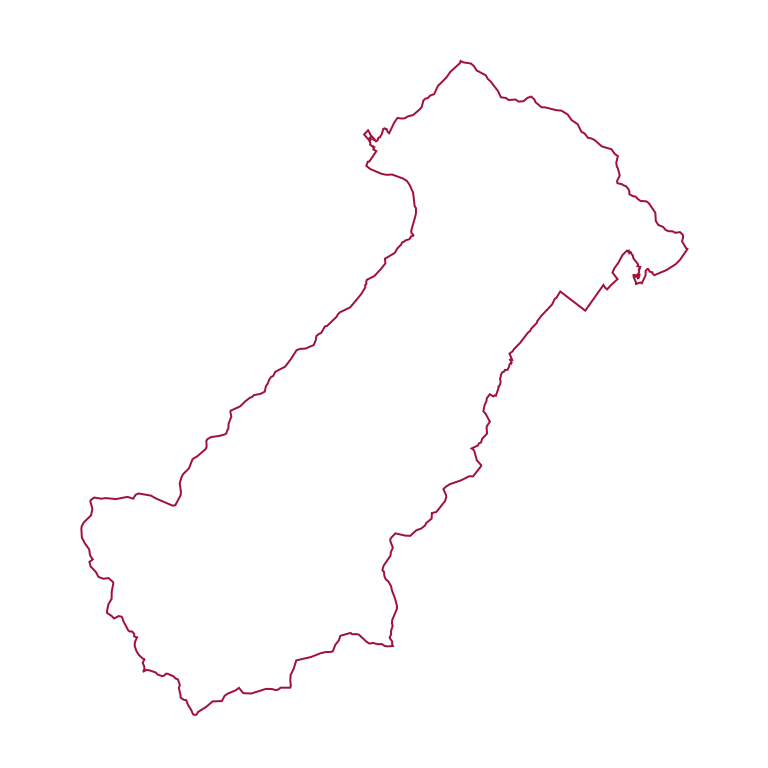 Caiuti, Bacau, Romania (Mercator projection), rotated 356°
{"feature_id": "2599482B38271521863944", "entity_name": "Caiuti", "entity_type": "district", "adm_level": 2, "iso_a3": "ROU", "parent_name": "Romania", "parent_adm1": "Bacau", "projection": "mercator", "projection_center": [26.906, 46.152], "detail": "fine", "context": "isolated", "style": "outline", "palette": "rose", "viewbox_px": 768, "rotation_deg": 356, "n_neighbors": 0, "source": "geoboundaries", "source_scale": "gbopen_adm2", "svg_char_len": 6121}
<svg xmlns="http://www.w3.org/2000/svg" viewBox="0 0 768 768"><g transform="rotate(356 384 384)"><path d="M259.7,679.7L269.3,680.4L270.0,678.8L269.8,673.5L270.5,667.8L273.9,662.1L277.2,653.6L291.9,651.3L302.1,648.1L307.4,647.3L312.6,647.6L314.4,646.9L317.2,640.9L321.2,636.4L322.7,632.4L323.4,632.0L333.3,630.0L334.7,631.4L339.5,631.6L341.6,632.4L348.7,640.0L351.3,641.9L355.1,641.6L359.5,643.1L363.8,643.3L366.3,645.3L368.9,646.0L374.6,646.0L373.9,643.8L374.3,641.6L371.9,637.6L373.6,634.2L373.6,631.2L375.8,625.9L375.2,623.2L375.8,619.9L381.4,608.7L381.4,606.1L380.2,599.3L377.6,590.7L376.9,586.1L374.6,581.3L372.1,578.9L371.0,575.6L370.8,571.1L369.5,569.8L369.5,569.0L371.1,565.0L378.2,556.1L378.8,554.7L378.9,552.8L381.4,547.8L379.4,541.5L379.4,539.5L380.5,537.8L385.0,533.8L394.5,536.7L399.6,537.3L406.0,532.2L410.9,530.8L413.3,529.3L415.4,527.7L416.2,525.8L422.1,521.6L422.8,516.0L427.2,515.4L436.7,505.1L438.3,500.9L438.1,498.9L435.9,493.0L438.5,490.8L442.8,488.5L453.7,485.6L462.5,482.0L466.4,482.4L474.6,473.3L475.4,471.9L471.3,466.7L469.5,457.4L468.6,455.7L466.9,454.4L473.3,451.9L474.6,449.9L476.7,449.1L478.2,445.3L483.4,440.6L483.3,434.4L483.8,433.0L487.0,429.0L483.3,420.8L481.2,418.1L482.8,412.4L485.0,408.1L485.6,405.3L488.8,401.6L492.1,404.0L493.8,403.0L494.8,403.5L498.1,395.7L497.8,394.8L499.2,393.6L500.1,391.5L500.5,389.5L500.1,386.8L501.2,384.2L501.2,382.9L503.1,380.4L504.3,380.2L505.1,379.1L506.2,379.4L505.7,379.1L505.8,378.4L508.2,378.5L509.8,375.7L510.6,373.1L511.5,372.3L512.2,372.6L512.8,371.5L512.4,370.8L512.7,370.1L511.4,368.7L512.3,368.1L513.4,368.5L511.3,362.4L514.7,360.3L516.1,358.2L522.5,352.6L531.3,342.7L533.3,341.5L534.7,339.1L540.6,333.8L541.5,331.7L545.3,327.4L557.3,316.3L560.2,311.0L561.9,310.2L566.3,304.0L589.9,324.9L609.8,300.5L611.2,303.2L613.2,305.2L617.3,301.2L624.3,295.7L619.7,288.8L621.8,284.7L626.0,279.7L630.8,272.1L635.5,268.0L637.2,268.0L636.7,269.0L637.5,269.9L638.5,268.4L638.1,270.5L639.4,269.9L640.2,272.0L641.2,273.0L641.5,275.9L645.4,281.7L645.8,282.7L645.0,284.0L647.6,285.1L647.2,285.4L647.3,286.6L646.6,286.7L646.1,288.0L646.4,288.1L646.3,290.1L645.1,292.6L646.5,292.9L645.3,296.2L644.5,296.3L644.2,295.5L644.7,294.0L644.2,292.7L642.0,294.6L641.8,292.7L640.5,292.7L640.5,294.8L642.4,300.1L642.4,301.8L646.7,300.6L648.2,301.6L652.6,293.6L652.8,289.6L654.7,287.6L655.5,287.6L656.9,290.4L659.6,291.4L659.5,292.4L661.2,294.3L673.9,290.0L683.2,284.9L688.1,280.6L696.1,270.5L694.8,269.6L691.3,262.5L692.7,258.0L692.5,256.0L689.8,253.1L685.3,253.5L682.7,251.9L678.5,251.4L675.7,250.0L673.5,246.9L668.7,244.4L666.5,240.3L666.6,232.1L660.8,222.1L658.4,220.1L652.6,219.2L649.6,216.7L648.3,214.7L645.4,214.0L642.6,212.2L641.9,211.4L642.3,209.4L641.3,206.4L639.1,203.5L636.3,202.3L635.6,201.4L630.9,200.0L630.6,197.8L633.7,192.6L632.4,185.2L631.4,183.4L631.1,179.6L633.2,173.0L630.2,170.5L627.3,165.7L617.9,162.2L611.2,155.4L608.0,153.5L604.7,152.7L601.7,148.2L598.5,146.1L595.3,138.3L589.6,133.9L586.1,128.0L580.1,123.7L574.8,122.8L564.1,119.3L560.4,118.9L554.7,113.4L553.9,110.7L551.0,107.6L547.2,108.5L543.0,111.6L539.0,111.7L537.8,111.6L535.1,109.4L528.2,109.4L525.6,107.2L520.6,106.1L518.1,99.6L511.4,89.6L508.8,86.8L507.1,83.2L498.2,77.6L496.0,73.3L493.1,70.4L485.3,68.6L483.0,67.1L482.0,69.3L471.9,77.3L467.7,82.5L458.5,90.5L454.2,98.4L450.3,99.4L447.6,101.9L445.2,102.2L443.1,103.9L440.9,110.3L438.3,112.9L431.7,117.8L426.1,118.8L423.7,120.3L420.8,120.5L416.0,119.6L412.6,123.7L406.6,134.2L405.3,132.9L404.4,129.9L403.5,130.0L402.6,129.0L401.1,129.5L399.3,134.4L397.1,137.7L396.1,137.7L395.0,138.9L394.9,140.1L393.0,141.4L391.7,139.5L391.4,140.0L390.2,139.0L390.9,138.3L387.5,134.0L387.6,133.4L385.8,129.8L381.5,133.7L385.5,138.9L387.6,136.9L388.0,139.0L386.4,140.7L387.2,142.4L386.8,144.2L389.6,146.9L390.0,146.3L390.9,147.0L389.7,149.2L392.6,151.2L384.9,161.0L383.3,161.1L381.6,165.2L385.3,168.6L395.8,174.0L400.9,175.5L406.7,175.6L417.3,180.4L421.0,183.0L423.5,187.3L426.4,195.2L427.0,208.8L428.1,210.7L427.9,215.3L427.0,218.7L421.9,232.8L421.9,235.2L423.8,237.6L423.6,238.1L421.0,238.8L420.0,240.8L418.8,241.5L415.5,242.2L413.6,243.6L412.2,243.8L410.8,246.1L406.8,249.6L404.0,253.9L393.7,259.1L393.8,263.8L389.4,268.6L382.0,275.6L374.1,278.9L373.4,280.8L373.4,283.1L372.2,283.8L372.0,286.4L367.8,292.4L365.1,295.3L355.6,305.2L345.2,309.3L342.8,311.3L341.8,313.2L339.9,314.9L331.2,322.1L329.1,322.4L325.0,328.6L322.2,329.7L319.9,331.5L318.8,336.0L316.6,340.2L308.1,343.2L303.0,343.1L299.2,344.1L292.9,352.6L286.6,359.8L276.3,364.3L274.0,368.3L271.9,369.0L269.8,371.6L268.1,375.4L266.1,377.8L264.5,383.3L260.2,385.2L253.2,386.1L251.5,387.8L249.6,388.2L244.9,391.2L238.9,396.3L229.2,399.9L228.8,401.1L229.4,406.0L226.2,412.7L225.6,417.8L224.6,418.9L223.2,422.3L221.7,423.2L215.9,424.3L207.7,424.9L204.1,426.6L202.8,428.2L202.7,434.2L201.5,436.5L192.6,443.1L187.8,445.6L183.5,454.6L177.2,460.0L175.7,462.5L173.3,468.6L173.9,477.4L173.4,480.7L167.4,490.3L164.6,490.6L147.8,481.9L143.8,479.1L131.7,476.1L128.6,477.1L125.8,480.9L120.2,478.7L108.7,480.1L98.2,478.4L94.0,478.7L87.1,477.1L83.6,479.1L82.8,480.4L84.4,488.1L82.6,494.6L75.0,501.0L72.5,504.9L72.0,507.3L71.9,516.2L74.4,521.9L78.4,528.5L78.7,533.5L79.5,535.8L81.3,538.6L77.7,540.9L78.7,545.7L83.4,551.3L85.7,556.5L90.5,558.7L95.7,558.4L99.8,562.6L100.1,564.0L97.9,572.1L97.3,579.3L93.7,584.5L91.8,591.5L91.8,593.1L96.0,596.3L98.4,599.1L103.1,597.0L105.8,597.8L106.5,598.5L107.3,601.9L111.7,612.0L113.0,613.1L115.4,613.3L117.4,615.9L117.2,618.4L120.0,619.5L117.5,624.1L117.0,628.1L118.5,633.4L120.9,637.6L124.1,641.0L125.8,641.9L123.8,645.5L124.9,648.2L125.3,651.2L124.1,653.2L124.2,653.9L127.1,652.7L130.1,653.3L136.0,655.8L138.2,658.2L142.3,659.9L144.2,659.6L146.4,657.8L148.0,658.0L153.8,661.1L155.5,663.2L157.8,664.3L159.2,669.4L159.2,670.6L158.1,672.8L159.3,680.0L159.3,682.8L162.2,685.0L164.7,685.6L166.1,690.4L168.8,695.5L170.4,700.0L171.8,700.9L174.0,700.7L175.6,698.2L184.1,693.7L190.8,688.7L200.1,689.0L203.3,683.9L206.7,681.9L214.8,679.2L218.1,677.0L222.1,682.6L229.9,683.5L245.1,679.9L251.0,680.5L254.6,681.8L257.1,681.5L259.7,679.7Z" fill="none" stroke="#9f1239" stroke-width="2"/></g></svg>